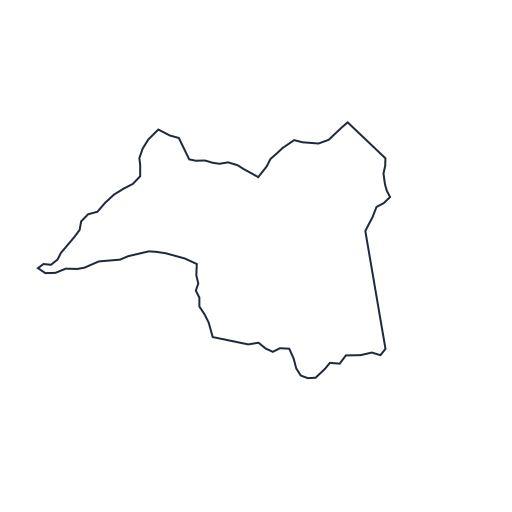 the district of Saltinho, São Paulo, Brazil, rotated 224°
{"feature_id": "56859067B49656029802383", "entity_name": "Saltinho", "entity_type": "district", "adm_level": 2, "iso_a3": "BRA", "parent_name": "Brazil", "parent_adm1": "São Paulo", "projection": "mercator", "projection_center": [-47.719, -22.866], "detail": "fine", "context": "isolated", "style": "outline", "palette": "slate", "viewbox_px": 512, "rotation_deg": 224, "n_neighbors": 0, "source": "geoboundaries", "source_scale": "gbopen_adm2", "svg_char_len": 1361}
<svg xmlns="http://www.w3.org/2000/svg" viewBox="0 0 512 512"><g transform="rotate(224 256 256)"><path d="M98.3,279.1L194.7,349.9L197.0,357.4L198.9,364.2L203.4,375.0L200.9,382.5L200.5,391.5L207.5,393.9L213.2,397.3L221.5,403.8L225.7,410.6L230.8,416.2L282.9,415.8L283.6,408.4L284.0,400.0L284.4,390.1L289.2,380.3L301.7,370.0L309.0,365.9L311.9,352.3L312.3,344.2L313.0,335.9L310.5,327.6L309.2,314.3L325.9,309.8L332.1,308.6L341.1,304.0L346.4,296.9L351.7,293.1L359.1,289.2L365.6,282.6L371.2,279.1L377.4,281.4L383.4,283.6L393.5,287.3L401.5,282.9L414.1,279.1L414.4,265.0L412.1,254.4L407.9,245.4L402.3,240.8L394.7,232.9L394.7,222.2L397.8,213.2L400.8,201.7L401.5,189.6L400.8,177.7L405.8,169.3L405.8,159.4L401.0,152.3L399.9,143.9L399.1,132.1L398.5,122.7L396.3,115.6L397.4,107.2L403.3,102.6L404.4,95.8L395.7,97.3L388.6,104.5L384.1,114.7L375.4,122.7L371.3,128.4L368.5,135.2L365.3,142.9L359.8,149.2L351.3,158.9L347.9,166.9L341.1,177.5L336.4,184.8L330.8,189.6L322.6,195.4L305.4,204.8L293.0,209.1L285.6,200.7L278.4,196.1L275.2,189.3L267.8,186.7L261.6,180.3L252.6,178.3L243.9,175.3L230.8,167.6L200.2,187.0L193.9,195.4L184.9,196.1L177.3,198.8L174.7,206.3L167.7,212.4L157.7,208.4L149.0,203.1L140.8,201.1L133.9,204.1L128.6,209.8L128.0,222.7L128.6,230.5L121.0,236.7L122.3,246.9L112.0,257.2L105.6,267.0L97.6,271.1L98.3,279.1Z" fill="none" stroke="#1e293b" stroke-width="2"/></g></svg>